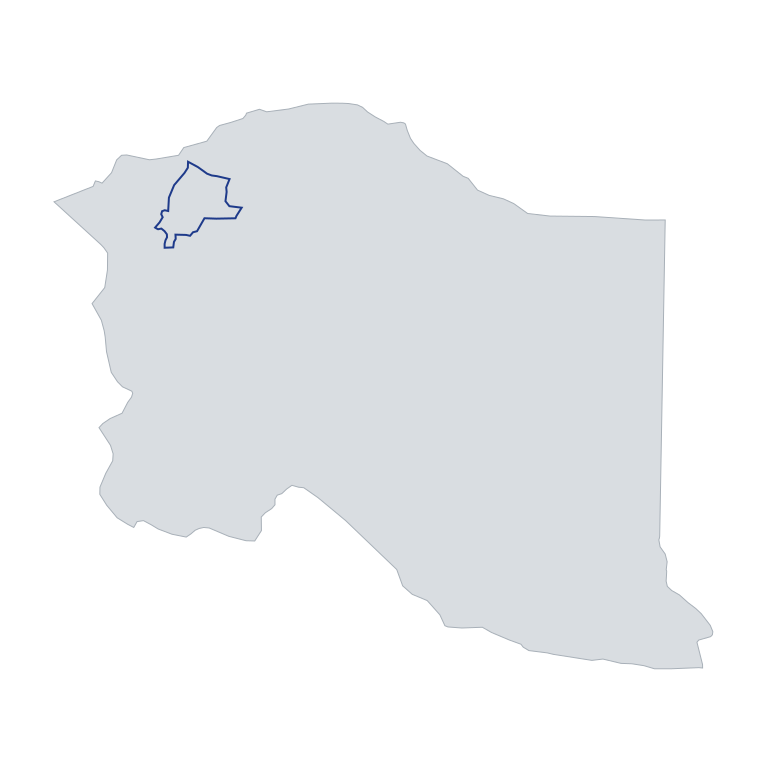 Kotido on a map of Uganda (Robinson projection), rotated 271°
{"feature_id": "UGA-3123", "entity_name": "Kotido", "entity_type": "County", "adm_level": 1, "iso_a3": "UGA", "parent_name": "Uganda", "parent_adm1": "", "projection": "robinson", "projection_center": [33.884, 2.985], "detail": "fine", "context": "in_parent", "style": "outline", "palette": "blue", "viewbox_px": 768, "rotation_deg": 271, "n_neighbors": 0, "source": "natural_earth", "source_scale": "10m", "svg_char_len": 2907}
<svg xmlns="http://www.w3.org/2000/svg" viewBox="0 0 768 768"><g transform="rotate(271 384 384)"><path d="M552.9,662.3L541.6,662.3L523.2,662.3L504.8,662.3L486.4,662.3L468.1,662.3L449.7,662.3L431.3,662.3L412.9,662.3L394.5,662.3L376.2,662.3L357.8,662.3L339.4,662.3L321.0,662.3L302.7,662.3L284.3,662.3L265.9,662.3L247.5,662.3L236.6,662.3L234.5,662.0L233.0,661.5L226.0,662.9L218.9,668.1L211.2,670.2L203.1,669.4L202.0,669.9L197.9,669.8L191.9,669.5L186.6,670.8L182.5,675.3L178.3,683.0L170.7,691.8L164.9,699.7L159.9,705.2L148.4,714.4L142.1,717.1L139.0,716.7L137.1,715.0L133.5,703.2L131.3,701.4L109.0,707.4L105.6,707.5L105.9,703.8L104.3,676.3L104.0,659.4L106.9,648.9L108.6,636.7L108.8,625.9L112.8,607.7L111.3,596.7L116.6,558.3L118.0,552.0L120.0,533.5L123.3,527.8L126.2,525.5L130.1,514.1L137.4,495.9L142.5,486.6L141.4,466.1L142.2,452.2L143.4,449.1L154.2,443.9L168.2,431.0L174.2,415.9L182.5,406.2L198.7,400.0L198.8,399.9L246.8,348.0L269.2,320.0L278.9,305.6L279.3,300.5L281.1,293.7L277.2,288.4L272.6,283.7L271.0,279.2L267.0,277.0L261.3,277.1L257.5,273.9L253.2,267.6L248.9,263.6L235.3,264.0L224.8,257.5L224.9,248.8L229.0,231.5L237.0,211.7L237.4,206.2L236.3,201.6L234.4,197.6L230.8,193.6L227.5,188.9L230.1,174.6L235.1,160.7L239.2,153.7L243.2,145.9L242.1,139.5L236.2,136.3L239.3,130.1L245.6,119.5L257.9,108.9L268.7,101.8L275.9,101.8L289.9,107.4L302.5,114.1L309.5,114.4L317.9,111.6L335.4,99.8L339.6,103.6L344.7,110.8L350.2,122.6L361.2,128.1L366.5,131.8L370.3,132.9L372.4,132.0L376.6,122.6L381.6,117.5L390.9,111.1L411.5,106.0L426.2,104.4L432.4,103.3L442.8,100.3L459.3,90.7L475.5,103.1L493.1,105.5L510.1,105.4L515.3,101.6L518.3,98.7L536.2,78.4L560.4,50.9L576.5,89.7L582.0,91.9L581.3,95.3L579.9,98.6L590.5,107.9L603.4,112.8L608.1,117.6L608.5,122.8L604.1,145.5L604.9,151.9L609.1,174.6L616.9,179.7L623.7,202.6L637.6,212.3L639.6,215.1L642.8,226.1L647.0,238.3L650.4,241.1L652.4,241.8L656.5,254.7L654.1,261.9L657.3,283.9L662.5,303.5L663.9,327.0L664.0,337.3L663.8,343.7L662.6,352.6L660.2,357.8L655.7,362.8L650.8,370.7L646.6,379.1L643.9,383.3L646.0,396.0L645.4,399.3L644.3,400.9L638.0,402.8L630.0,406.2L625.1,409.6L618.2,416.0L612.7,423.0L605.3,443.5L593.1,459.4L591.1,464.6L579.5,474.1L574.4,485.9L571.2,500.2L566.7,510.5L557.0,524.6L554.8,547.0L555.1,591.6L552.5,642.4L552.9,662.3Z" fill="#d9dde1" stroke="#a8b0b8" stroke-width="1"/><path d="M516.9,170.9L516.4,162.3L520.2,162.2L523.9,163.0L526.9,164.5L529.9,164.3L533.0,161.9L535.5,158.7L534.8,155.4L535.5,153.9L536.4,152.4L541.7,156.8L546.9,159.8L549.9,158.3L552.9,159.1L553.9,161.7L553.2,165.2L566.6,165.7L579.2,170.7L591.5,180.8L596.8,184.1L602.8,184.2L597.6,194.2L591.2,203.4L589.5,208.1L588.9,213.3L586.2,226.0L577.8,222.8L573.3,223.3L564.0,222.3L559.1,226.3L557.8,238.6L549.6,233.6L547.1,232.6L546.4,213.4L546.6,201.6L533.5,194.4L532.4,190.4L528.8,187.5L529.6,183.5L529.7,172.9L525.4,173.2L522.4,171.5L516.9,170.9Z" fill="none" stroke="#1e3a8a" stroke-width="2"/></g></svg>